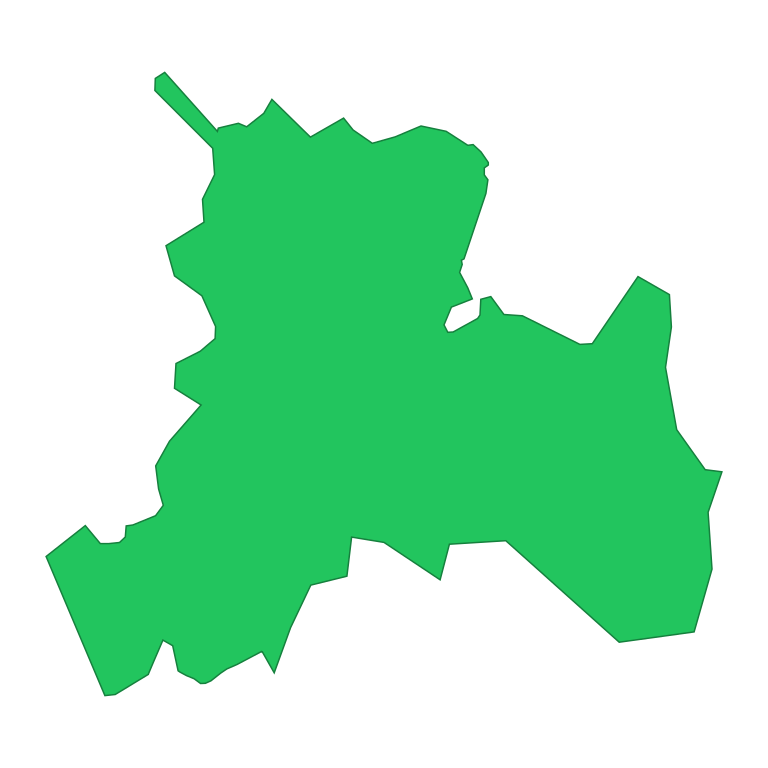 outline of Um Dam Haj Ahmed, North Kordufan, Sudan
{"feature_id": "16777658B82514176386469", "entity_name": "Um Dam Haj Ahmed", "entity_type": "district", "adm_level": 2, "iso_a3": "SDN", "parent_name": "Sudan", "parent_adm1": "North Kordufan", "projection": "robinson", "projection_center": [30.757, 13.71], "detail": "fine", "context": "isolated", "style": "filled", "palette": "green", "viewbox_px": 768, "rotation_deg": 0, "n_neighbors": 0, "source": "geoboundaries", "source_scale": "gbopen_adm2", "svg_char_len": 1566}
<svg xmlns="http://www.w3.org/2000/svg" viewBox="0 0 768 768"><path d="M274.2,672.8L289.9,629.5L290.1,629.1L290.5,627.8L305.3,596.7L310.8,585.1L346.9,576.2L351.6,537.1L384.0,542.4L440.1,579.8L449.4,544.2L505.8,540.7L531.2,563.4L568.5,596.8L619.2,642.2L694.1,631.9L712.0,569.1L708.1,512.3L717.7,484.2L721.8,472.2L721.9,471.8L705.2,469.7L676.7,429.7L665.5,367.4L671.4,327.0L669.4,294.6L638.0,276.6L592.3,343.7L579.9,344.4L522.4,315.8L503.9,314.5L490.8,296.6L480.8,299.3L480.0,315.0L477.6,318.5L453.1,332.0L447.8,332.3L444.0,324.9L451.4,307.1L472.3,298.9L467.8,287.9L459.6,272.4L462.2,264.5L461.4,260.2L464.0,258.9L485.9,193.5L487.9,179.8L484.3,174.9L484.3,167.9L488.3,165.0L488.3,162.5L481.0,151.9L473.1,144.6L467.8,145.3L446.1,131.3L421.0,126.0L395.1,136.9L372.3,143.3L353.1,130.0L343.6,118.1L310.4,137.1L271.9,99.4L263.8,113.3L246.7,126.8L238.4,123.3L218.3,128.1L217.4,131.4L164.7,72.4L155.3,78.4L154.9,90.5L212.7,148.3L214.6,174.6L202.5,199.3L204.0,222.2L166.0,245.7L174.5,275.9L201.9,295.8L215.6,326.5L215.1,338.6L200.3,351.2L176.0,363.5L174.5,388.3L201.1,405.0L169.5,441.2L155.7,465.9L158.6,489.0L163.3,505.3L155.6,515.7L132.8,525.0L126.2,525.9L125.3,537.0L119.5,542.5L108.9,543.6L100.3,543.6L85.3,525.6L46.1,556.5L104.9,695.6L115.2,694.5L148.3,674.4L148.3,674.2L153.8,661.2L162.8,640.4L162.9,640.1L172.7,645.7L178.1,670.8L180.0,672.1L186.5,675.6L194.0,678.7L194.2,678.8L199.6,682.8L200.6,683.5L205.4,683.3L211.0,680.8L220.7,673.1L226.9,668.9L237.2,664.4L261.5,651.5L261.8,652.0L262.3,651.8L274.2,672.8Z" fill="#22c55e" stroke="#15803d" stroke-width="1.5"/></svg>